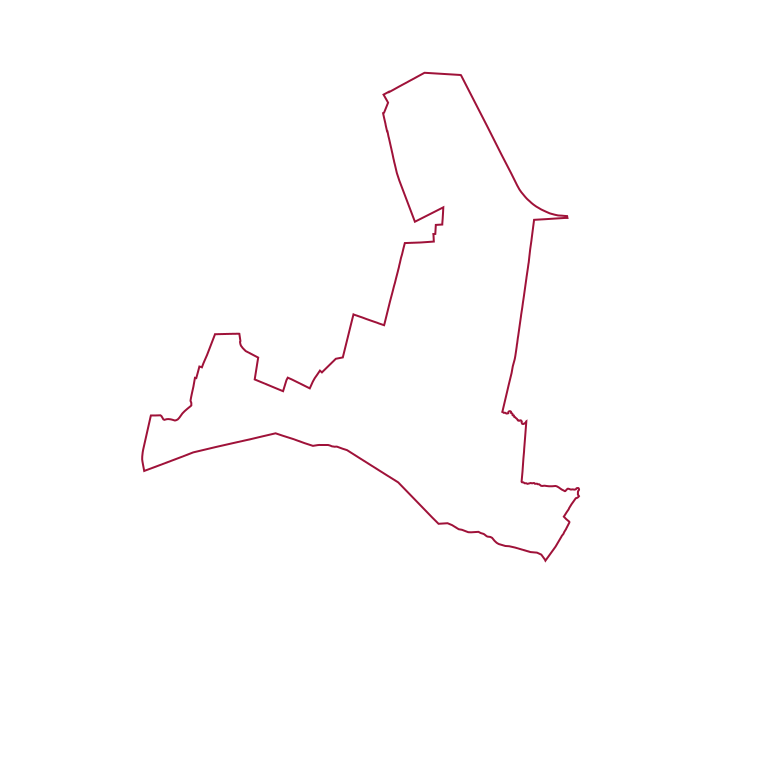 Blejoi, Prahova, Romania (orthographic projection), rotated 145°
{"feature_id": "2599482B27546040450350", "entity_name": "Blejoi", "entity_type": "district", "adm_level": 2, "iso_a3": "ROU", "parent_name": "Romania", "parent_adm1": "Prahova", "projection": "orthographic", "projection_center": [25.998, 44.974], "detail": "fine", "context": "isolated", "style": "outline", "palette": "rose", "viewbox_px": 768, "rotation_deg": 145, "n_neighbors": 0, "source": "geoboundaries", "source_scale": "gbopen_adm2", "svg_char_len": 6010}
<svg xmlns="http://www.w3.org/2000/svg" viewBox="0 0 768 768"><g transform="rotate(145 384 384)"><path d="M419.5,238.2L411.8,233.5L409.2,229.4L406.1,222.2L403.8,219.9L400.0,214.3L397.8,212.6L391.4,208.7L390.3,206.5L388.5,204.2L388.1,203.4L387.2,200.4L386.6,199.5L384.6,197.7L383.7,196.0L383.4,192.1L382.8,189.3L381.8,187.1L377.5,181.7L374.5,179.3L370.5,174.9L360.4,162.3L355.4,158.1L353.0,154.0L352.9,147.8L353.1,146.7L336.7,152.4L326.2,157.2L325.5,157.6L323.0,158.3L321.4,159.3L319.4,160.2L318.1,160.7L317.9,160.9L313.7,163.1L312.6,163.7L311.6,164.2L311.2,164.9L312.2,168.6L312.8,172.2L310.3,173.2L308.2,174.1L304.5,175.5L303.6,176.1L299.5,177.9L295.0,179.5L292.5,180.4L291.5,180.1L290.8,179.9L289.6,180.0L288.6,180.3L288.6,180.9L288.6,182.1L288.5,182.4L288.1,182.8L287.7,183.5L287.2,184.1L286.8,184.6L286.4,184.9L286.0,185.0L285.6,185.2L285.1,185.4L284.8,185.6L284.6,186.0L284.5,186.4L284.4,186.9L284.5,187.2L284.7,187.5L284.9,187.6L285.6,188.0L285.9,188.1L286.0,188.1L286.3,188.1L286.6,187.9L286.8,187.8L287.1,187.8L287.3,187.8L287.5,187.8L288.5,188.2L289.6,189.2L290.1,189.6L291.2,190.2L291.8,190.7L292.3,191.5L293.1,192.5L293.8,192.9L295.5,192.6L296.9,192.3L297.4,192.6L298.0,193.9L298.8,195.3L299.4,196.8L300.2,199.1L301.1,201.0L302.0,202.1L304.6,203.6L307.5,205.6L308.9,206.8L310.6,208.4L311.5,209.0L312.7,209.6L313.7,210.5L314.4,212.8L315.6,213.8L315.8,214.5L317.6,215.7L317.8,216.7L318.5,217.2L319.7,217.7L320.5,218.7L322.1,219.3L323.7,219.9L324.5,221.2L325.7,222.0L326.2,223.4L327.3,224.3L327.4,224.6L327.3,225.1L320.8,232.8L312.7,242.8L307.9,248.5L306.5,250.3L299.4,258.9L291.1,269.0L288.8,271.8L289.0,271.8L290.6,270.9L291.6,271.3L292.1,271.1L292.8,271.3L293.2,271.6L293.4,271.9L293.6,272.1L293.6,272.5L293.3,273.7L293.0,273.9L292.6,274.3L292.6,274.8L292.7,275.3L292.8,275.8L293.4,275.9L293.8,276.1L294.2,276.4L294.3,276.7L294.6,276.6L294.8,276.9L295.0,277.0L295.2,277.4L295.1,279.1L295.6,280.9L295.6,281.6L295.8,281.9L296.1,282.1L296.2,282.4L296.2,282.5L296.0,282.8L295.9,283.0L295.8,283.4L295.7,283.6L295.7,283.8L295.8,283.9L295.9,284.0L296.0,284.2L296.3,284.3L296.5,284.5L296.5,284.8L296.3,284.9L296.2,285.1L296.1,285.3L296.0,285.6L296.0,285.9L295.9,286.0L295.9,286.3L296.0,286.5L296.3,286.8L296.4,287.0L296.5,287.2L296.5,287.3L296.5,287.5L296.4,287.6L296.2,287.9L296.0,288.1L296.0,288.3L295.9,288.5L296.0,288.9L296.1,289.1L296.3,289.4L296.7,289.7L297.1,289.8L297.5,289.9L297.9,289.8L298.2,289.7L298.5,289.4L298.8,289.1L299.0,288.8L299.3,288.9L299.8,289.1L300.2,289.3L300.5,289.5L300.8,289.8L300.9,290.3L301.1,290.6L301.3,290.9L301.4,291.1L301.8,291.4L302.2,291.5L302.4,291.7L302.5,291.8L302.6,292.2L302.7,292.5L302.8,292.9L303.0,293.1L303.1,293.3L302.9,293.4L288.1,306.6L283.2,311.0L278.2,315.4L273.2,319.8L268.4,324.6L263.1,329.0L262.0,330.0L260.2,331.8L256.5,335.7L253.7,338.7L252.2,340.4L251.9,340.6L247.8,345.1L246.7,346.2L234.1,359.7L233.7,360.1L231.8,362.2L226.9,367.3L224.6,369.8L223.4,371.1L221.3,373.3L219.5,375.2L207.3,388.3L207.0,388.6L206.3,389.4L199.3,396.8L197.0,399.3L195.7,400.6L193.7,402.9L186.9,410.6L180.9,417.0L180.2,417.8L166.9,432.4L161.7,429.2L160.6,428.5L156.7,426.1L148.8,421.3L140.3,416.1L138.5,414.8L137.7,416.5L139.9,418.3L141.9,420.0L144.7,422.2L147.0,424.7L149.1,427.2L150.4,428.8L152.4,432.1L154.2,435.2L155.2,437.0L156.6,440.1L157.5,442.0L158.7,445.4L159.4,447.9L159.8,449.9L160.3,451.9L160.7,453.8L161.0,456.2L161.5,462.3L161.5,465.6L161.0,470.3L159.0,483.5L156.7,500.7L156.2,504.4L151.6,536.1L151.0,540.5L148.0,562.3L143.8,592.8L144.4,593.5L172.3,615.7L201.2,619.0L207.1,619.6L212.4,620.2L212.3,620.6L214.3,620.8L218.4,621.3L219.0,614.7L219.3,612.1L226.5,607.4L228.4,606.2L229.4,606.4L230.8,603.1L231.9,600.4L233.6,596.2L234.1,595.2L236.4,589.6L236.1,589.6L236.1,589.4L236.8,587.7L238.4,584.1L238.9,582.7L239.5,581.2L242.3,574.4L242.5,573.9L243.1,572.4L244.2,569.8L245.0,567.8L246.9,563.4L247.4,562.1L247.6,561.6L248.3,560.0L249.2,557.6L252.4,549.6L252.6,549.0L254.5,542.7L254.7,542.1L265.6,499.2L244.7,496.2L234.1,494.7L237.2,490.7L240.3,486.8L241.0,485.9L243.9,482.4L244.8,481.2L250.3,484.6L255.9,477.5L256.9,478.1L257.2,478.3L257.6,478.5L257.9,477.8L261.5,472.1L272.8,478.9L286.1,487.5L290.3,483.9L294.8,479.9L297.8,477.5L300.1,475.4L301.4,474.2L302.9,472.9L303.7,472.2L304.6,471.3L307.4,468.9L308.3,468.1L313.7,463.5L317.0,460.6L319.6,458.5L324.0,454.7L324.7,454.1L331.7,448.2L349.1,433.0L350.2,432.1L353.5,436.6L354.4,438.0L356.6,441.0L357.9,442.8L359.0,444.3L359.2,444.6L359.7,445.3L360.1,445.9L360.3,446.1L360.4,446.3L361.0,447.1L363.6,450.9L366.3,454.6L366.7,455.2L368.0,456.9L368.7,457.9L369.0,458.3L369.1,458.5L373.4,454.8L378.9,450.0L386.8,443.1L391.5,439.0L402.5,429.4L409.0,432.3L425.9,429.5L428.2,429.1L428.8,431.7L433.5,429.9L437.4,428.5L440.9,426.8L447.3,423.0L456.9,440.6L459.2,444.4L461.7,443.1L470.8,436.0L472.1,438.0L487.3,461.9L478.4,471.1L476.3,473.3L471.9,477.8L478.4,490.3L479.1,494.3L479.2,497.5L478.7,499.2L477.8,501.1L477.0,501.5L473.7,508.1L474.0,508.4L481.1,513.2L493.9,521.7L494.0,521.6L512.4,509.2L516.2,506.9L520.1,504.5L523.6,502.1L524.2,503.0L525.2,504.2L529.1,500.9L534.4,496.5L535.3,497.5L541.7,491.1L546.3,486.9L549.7,483.7L551.9,481.5L552.3,480.8L552.4,480.0L552.7,479.0L554.1,477.0L554.9,476.8L559.2,476.5L563.0,476.1L566.1,475.5L570.9,473.8L573.2,473.3L574.8,473.5L576.2,474.0L578.1,476.4L579.2,477.6L580.7,478.9L581.9,479.7L583.8,480.4L584.4,480.6L585.0,481.5L585.0,482.1L584.8,483.8L584.8,484.7L584.7,485.3L585.1,486.6L589.4,489.4L593.0,491.9L593.4,491.6L619.0,468.3L620.8,466.5L623.6,463.3L625.3,461.0L626.3,459.1L627.6,456.3L630.3,450.3L629.0,450.0L627.5,449.6L615.6,446.5L591.7,440.4L579.5,437.4L557.3,428.6L539.2,421.2L524.4,415.1L514.3,411.1L501.1,405.8L496.6,399.7L490.1,391.2L482.9,381.0L477.7,374.1L473.4,372.0L472.0,371.2L468.1,368.4L464.7,366.0L463.7,364.8L463.2,364.1L462.4,362.8L461.3,361.8L460.5,361.0L459.2,360.2L458.5,359.7L454.8,354.4L453.4,352.6L452.2,351.0L447.2,339.0L441.2,324.7L434.1,307.8L428.8,295.3L425.6,275.4L421.1,247.2L419.5,238.2Z" fill="none" stroke="#9f1239" stroke-width="2"/></g></svg>